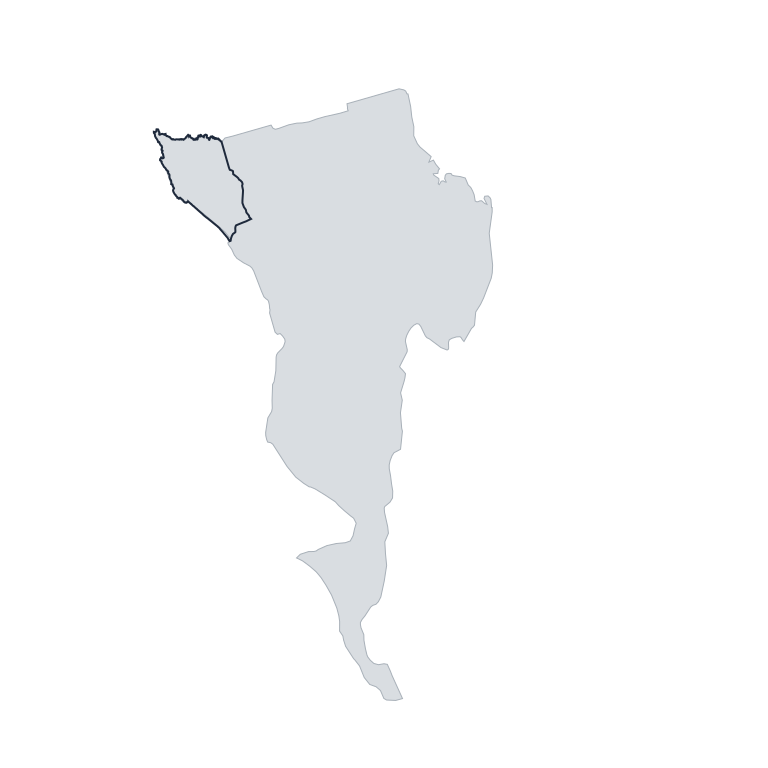 location of Boumba-Et-Ngoko, Est, Cameroon, rotated 164°
{"feature_id": "32672807B40314964499081", "entity_name": "Boumba-Et-Ngoko", "entity_type": "district", "adm_level": 2, "iso_a3": "CMR", "parent_name": "Cameroon", "parent_adm1": "Est", "projection": "equal_earth", "projection_center": [15.54, 2.833], "detail": "fine", "context": "in_parent", "style": "outline", "palette": "slate", "viewbox_px": 768, "rotation_deg": 164, "n_neighbors": 0, "source": "geoboundaries", "source_scale": "gbopen_adm2", "svg_char_len": 9557}
<svg xmlns="http://www.w3.org/2000/svg" viewBox="0 0 768 768"><g transform="rotate(164 384 384)"><path d="M231.4,523.8L232.6,519.6L241.3,499.9L246.8,468.4L249.3,461.0L251.8,456.1L264.5,439.3L269.2,434.0L276.0,427.9L280.8,415.6L282.5,414.3L284.6,413.3L295.4,402.8L296.4,404.9L297.1,407.4L297.9,408.5L301.4,409.3L306.2,409.2L309.0,408.5L310.5,406.4L312.0,400.6L312.8,399.5L314.0,399.3L319.2,403.3L327.8,414.7L330.0,416.7L331.0,418.9L332.8,429.3L333.9,431.9L335.8,433.0L339.1,432.3L342.6,430.4L345.7,427.8L348.8,424.4L350.8,421.3L351.7,419.0L352.2,410.5L352.9,408.6L364.2,396.4L363.9,395.2L362.1,391.8L360.5,388.0L362.2,384.1L363.9,381.1L370.5,370.9L370.9,363.4L376.1,351.9L379.2,336.6L379.3,333.6L386.1,316.7L393.3,315.2L396.0,312.9L399.2,308.7L401.3,304.8L402.3,301.1L403.0,294.0L404.3,285.8L405.1,278.7L407.2,272.1L410.8,268.8L417.1,266.0L418.0,264.7L418.9,260.3L419.8,245.8L420.9,239.3L426.7,232.1L429.3,220.7L431.5,208.8L438.1,194.5L445.8,180.1L449.4,176.3L452.4,174.5L455.8,174.3L458.2,173.3L466.4,166.2L469.9,163.8L472.4,161.3L473.0,159.1L473.3,156.0L472.5,148.6L473.9,143.2L474.8,134.8L475.1,128.3L474.8,126.0L473.3,122.2L470.8,118.2L466.7,115.7L461.1,115.1L458.1,113.6L457.0,106.1L456.6,101.4L452.9,76.5L460.0,76.6L468.6,79.5L470.8,81.8L471.9,90.3L475.0,95.1L480.5,99.1L483.9,107.3L485.2,119.7L488.2,127.1L488.9,128.3L493.2,142.4L493.4,148.9L493.0,153.2L494.8,158.7L492.1,167.9L491.3,173.6L491.1,181.6L492.6,195.6L495.2,206.5L497.9,215.3L500.9,222.1L505.8,229.6L511.1,236.5L516.0,240.9L511.4,243.4L502.6,243.7L497.6,242.3L495.2,242.2L492.7,243.1L483.3,244.4L473.8,243.8L465.0,242.1L459.7,242.4L455.6,246.6L452.2,252.9L449.1,257.8L450.2,263.4L452.5,266.4L457.1,273.2L461.1,279.7L463.2,284.1L471.3,293.6L479.2,302.2L482.9,305.2L484.3,305.8L488.6,310.7L494.5,318.8L499.9,331.4L507.5,356.8L509.2,358.9L511.8,360.2L512.1,362.9L511.9,366.9L511.1,370.1L505.0,383.4L499.6,388.5L498.1,391.5L496.1,399.2L491.2,414.3L489.1,416.4L484.3,426.6L480.3,439.5L479.3,441.5L477.7,443.1L472.1,446.3L470.2,447.8L467.4,451.9L467.0,454.5L468.3,458.2L469.9,461.1L472.8,461.1L474.4,463.9L474.4,483.8L473.1,486.8L473.1,488.2L472.4,491.6L472.2,495.4L472.7,497.0L473.8,498.2L475.4,500.9L476.2,507.0L478.1,528.6L479.0,532.0L480.5,534.4L485.5,539.1L490.7,545.2L492.3,549.2L493.3,555.7L495.2,560.8L495.2,562.6L494.4,563.3L491.1,563.7L492.2,567.4L494.9,573.9L508.1,593.9L520.8,611.7L523.8,613.1L526.0,613.4L527.0,614.5L528.2,617.1L532.4,623.6L533.2,627.3L532.2,630.9L533.2,636.5L534.0,638.5L533.7,640.3L534.2,647.1L535.3,653.0L537.2,658.1L537.0,661.6L534.5,663.6L533.1,666.9L532.7,671.5L533.4,677.1L535.3,683.7L535.3,687.6L532.3,690.2L528.9,685.7L525.1,682.6L519.5,677.3L513.8,675.4L506.5,675.0L503.3,675.7L497.9,671.4L496.1,670.8L493.7,672.6L492.0,672.7L490.0,672.0L485.8,672.0L485.4,669.0L484.7,668.4L480.2,668.6L478.8,666.1L478.2,666.4L476.4,665.6L472.8,661.9L469.0,664.3L461.1,664.0L421.2,664.0L420.3,660.6L418.3,658.8L414.7,658.7L404.1,659.4L396.0,658.8L390.6,657.5L383.8,656.7L375.4,657.3L366.9,657.3L351.6,656.4L343.1,656.5L343.3,658.6L342.8,660.1L342.3,663.6L288.2,663.6L283.8,661.2L282.4,659.6L282.0,656.6L281.0,656.2L281.9,643.5L283.7,633.0L284.4,623.1L287.0,614.4L285.7,605.7L284.1,601.9L276.0,589.6L279.7,584.9L274.8,585.6L273.7,581.0L271.3,575.5L272.8,574.6L274.2,571.6L278.7,572.5L278.6,571.1L274.7,566.4L275.1,564.1L276.7,561.5L275.9,560.4L273.1,563.1L271.1,563.0L269.6,561.3L268.5,561.0L269.1,564.5L267.6,567.7L266.1,568.8L263.6,568.6L261.5,567.8L261.0,566.0L259.0,564.7L253.6,562.4L249.1,559.6L248.2,552.1L246.4,548.9L245.6,545.2L245.2,541.1L245.9,534.7L244.7,533.6L243.4,533.3L241.4,533.6L239.6,533.2L237.4,529.7L235.5,528.3L236.7,534.8L235.4,536.7L232.1,536.1L230.7,533.7L230.4,531.8L232.0,523.9L231.4,523.8Z" fill="#d9dde1" stroke="#a8b0b8" stroke-width="1"/><path d="M466.3,579.3L467.5,581.6L467.4,583.1L469.0,586.8L468.8,589.6L469.9,592.7L470.2,597.0L469.4,599.7L466.9,606.7L466.1,609.1L465.8,613.2L465.7,613.8L464.8,615.2L464.8,617.1L465.9,619.3L467.0,620.4L467.3,621.9L468.3,623.6L471.1,627.3L470.5,630.2L471.5,631.3L473.2,632.4L473.4,634.7L473.4,661.8L473.7,662.0L473.9,662.1L474.2,662.4L474.3,662.9L474.5,663.3L474.9,664.3L475.4,664.3L475.6,664.5L475.6,664.8L475.5,665.3L475.7,665.7L475.9,665.8L476.9,665.7L477.1,665.6L477.3,665.8L477.6,666.2L477.8,666.8L478.3,666.9L478.6,667.1L478.8,667.1L478.8,666.9L478.6,666.5L478.6,666.3L478.6,666.1L478.9,666.1L479.9,667.1L480.0,667.3L479.9,667.6L479.4,667.6L479.4,667.8L479.5,668.0L480.1,667.6L480.6,667.5L480.8,668.0L480.8,668.3L480.5,669.0L480.7,669.4L480.9,669.4L481.5,668.8L482.1,669.6L482.3,669.6L482.8,669.3L483.1,668.9L483.3,668.4L483.7,668.2L484.4,668.4L484.5,668.3L484.5,668.0L484.2,667.3L484.3,667.1L484.6,666.8L484.8,666.9L485.0,667.2L484.9,668.3L485.0,668.8L485.3,669.1L486.3,669.5L486.4,670.1L486.3,670.7L486.1,671.1L485.7,671.6L485.7,672.0L486.3,672.6L486.6,672.8L486.9,672.9L487.3,672.7L487.9,672.7L488.4,672.5L488.7,672.2L488.9,671.3L489.2,670.9L490.1,672.0L490.7,672.3L491.1,672.7L491.1,673.5L491.4,673.9L491.6,674.0L491.8,673.8L492.4,672.6L492.6,672.7L492.8,672.9L492.8,673.0L492.7,673.5L492.7,673.8L493.1,673.8L493.3,673.9L494.0,673.9L494.3,673.4L494.3,672.7L494.6,672.1L494.8,672.1L495.1,672.3L495.4,672.3L495.6,672.0L495.7,671.6L495.7,670.8L495.8,670.6L496.2,670.5L496.6,671.6L496.7,671.9L496.9,671.9L497.3,671.2L497.6,670.9L498.0,670.8L498.3,670.8L498.7,671.0L499.5,671.1L499.8,671.3L499.8,671.6L499.5,672.2L500.2,672.4L500.4,672.6L500.5,672.9L500.6,673.1L501.0,673.2L501.4,673.6L501.9,674.5L502.1,675.0L502.1,675.4L502.0,676.0L502.0,676.3L502.3,676.4L502.5,676.5L502.9,676.3L503.2,676.0L503.2,676.3L503.1,676.6L503.3,677.1L503.6,677.5L504.1,677.2L505.4,676.3L505.5,676.2L506.1,676.0L506.7,675.3L507.1,675.0L507.8,674.7L509.0,674.4L509.3,674.0L509.5,674.0L510.8,675.2L511.0,675.2L511.3,674.9L511.6,674.8L511.9,675.0L512.4,675.6L512.6,675.6L513.1,675.3L513.5,675.3L514.1,675.8L514.9,676.0L516.0,676.4L516.7,676.5L517.3,676.3L518.7,677.0L519.0,677.4L519.2,677.5L519.5,677.2L519.8,677.3L520.4,677.6L520.6,677.9L520.8,678.4L521.4,679.0L521.5,679.4L521.6,680.0L522.1,680.7L523.0,681.1L523.2,681.3L523.6,681.9L523.8,682.1L524.6,682.2L524.8,682.5L525.2,684.2L525.1,684.6L525.3,684.6L525.8,684.1L526.3,684.1L526.4,684.6L526.5,684.8L527.3,684.9L528.2,685.6L529.7,685.6L530.6,685.4L530.9,685.4L531.2,685.6L531.3,686.0L531.2,686.3L530.7,687.5L530.6,687.9L530.6,688.2L530.9,688.5L530.9,688.8L530.8,689.6L530.8,690.0L531.0,691.0L531.7,691.3L531.9,691.3L532.2,691.5L532.5,691.5L533.0,690.3L533.2,689.7L533.7,689.5L533.8,689.4L534.0,689.4L534.4,689.2L534.7,689.1L534.9,689.2L535.3,689.7L535.7,689.9L535.8,689.5L536.0,688.9L536.0,688.7L535.7,688.0L535.5,687.6L535.5,687.1L535.5,686.5L535.6,686.2L535.8,685.6L535.6,684.5L535.5,683.6L535.2,683.0L535.0,682.7L534.9,682.2L534.5,680.6L534.4,679.9L534.4,679.5L534.5,679.1L534.5,678.8L534.4,678.7L533.8,678.8L533.5,678.6L533.4,678.5L533.4,677.4L533.3,677.0L533.2,676.6L533.1,676.0L533.1,675.6L532.7,675.2L532.3,674.6L532.1,674.3L532.1,674.2L532.2,673.8L532.1,673.2L532.1,672.6L532.4,672.0L533.0,671.3L533.3,670.6L533.3,670.2L533.0,669.9L532.7,669.7L532.5,669.4L532.5,669.2L532.7,668.9L533.2,668.6L533.4,668.3L533.4,668.2L533.5,667.9L533.5,667.3L533.4,666.8L533.2,666.6L533.1,666.2L533.1,665.1L533.2,664.3L533.3,662.8L533.3,662.3L533.7,662.0L533.9,662.0L534.4,661.9L534.8,662.0L535.2,662.1L535.3,662.3L535.5,663.1L535.8,663.2L536.0,663.0L536.3,662.4L536.6,662.2L537.1,662.0L537.4,661.4L537.6,661.0L537.6,660.8L537.5,660.6L536.5,659.4L536.4,659.0L536.7,658.4L536.7,657.9L536.5,656.9L536.3,656.2L536.2,655.9L535.9,654.8L535.8,653.8L535.7,653.4L535.1,652.6L534.5,651.4L534.4,650.9L534.4,650.6L534.2,650.2L534.0,649.5L533.4,648.9L533.2,648.7L533.2,648.4L533.1,648.0L532.9,647.5L533.1,647.2L533.2,646.8L533.3,646.1L533.2,645.8L533.1,645.5L532.8,645.1L532.6,644.7L532.6,644.2L532.8,643.2L533.1,642.4L533.2,641.9L533.2,641.5L533.3,640.4L532.7,638.8L532.6,638.1L532.8,636.9L532.9,636.2L533.0,635.7L533.3,635.3L533.5,634.8L533.2,634.5L532.7,634.4L532.4,634.2L532.5,633.8L532.5,633.6L532.3,633.5L532.3,633.3L532.5,633.1L532.4,632.4L532.5,632.0L532.4,631.9L532.3,631.7L532.2,631.5L532.2,631.1L532.1,630.8L531.9,630.3L531.9,629.9L532.0,629.8L532.8,629.3L533.0,628.8L533.3,628.5L533.4,628.3L533.5,627.6L533.4,626.6L533.4,626.2L532.9,624.5L532.8,623.8L532.2,623.2L532.2,622.7L532.0,622.0L531.6,621.3L531.3,620.9L531.3,620.6L531.3,620.0L531.1,620.0L530.8,619.8L530.6,619.6L530.5,619.1L530.2,618.9L530.1,618.6L529.7,618.6L529.3,618.6L529.2,618.6L528.9,618.8L528.8,619.3L528.7,619.3L528.3,618.7L527.5,617.5L527.2,616.9L526.9,616.7L526.4,615.6L526.0,614.5L525.8,614.0L525.4,613.4L525.2,613.3L524.7,613.3L524.6,613.2L524.5,612.9L524.3,612.7L523.4,612.8L523.2,612.9L523.0,613.2L522.3,613.1L522.0,613.6L521.8,613.2L521.6,612.9L521.2,612.3L521.1,612.2L519.9,610.2L519.7,610.2L518.8,608.4L518.5,607.9L518.2,607.7L518.0,607.3L517.8,607.2L517.4,606.4L516.1,604.3L515.9,604.2L515.7,603.9L515.4,603.2L514.5,601.8L514.0,601.0L511.5,597.2L511.3,596.7L510.1,594.8L509.8,594.5L509.5,594.0L508.6,592.7L508.4,592.6L507.2,590.9L506.6,590.0L505.8,588.9L505.6,588.6L505.3,588.2L503.2,585.1L502.8,584.6L501.8,583.1L501.7,583.0L500.3,581.0L500.3,580.8L499.7,580.0L499.0,578.7L498.8,577.9L498.6,577.6L498.2,576.8L496.5,573.2L496.5,572.9L496.1,572.2L495.8,571.6L495.7,571.3L495.6,571.1L495.1,569.9L494.0,567.5L493.6,565.5L493.4,564.8L492.3,564.7L492.1,564.7L492.2,564.2L492.4,563.9L492.1,563.9L490.8,566.3L489.5,568.2L487.8,569.9L486.3,570.4L485.1,570.9L484.7,571.9L484.0,574.9L483.2,576.5L482.4,577.3L475.2,578.1L471.6,578.4L468.8,578.9L466.3,579.3Z" fill="none" stroke="#1e293b" stroke-width="2"/></g></svg>